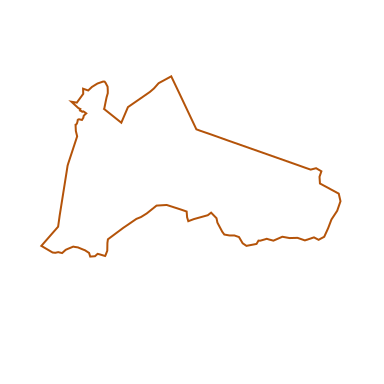 Gurara, Niger, Nigeria, rotated 199°
{"feature_id": "59680162B85303802109421", "entity_name": "Gurara", "entity_type": "district", "adm_level": 2, "iso_a3": "NGA", "parent_name": "Nigeria", "parent_adm1": "Niger", "projection": "equal_earth", "projection_center": [7.034, 9.353], "detail": "fine", "context": "isolated", "style": "outline", "palette": "amber", "viewbox_px": 384, "rotation_deg": 199, "n_neighbors": 0, "source": "geoboundaries", "source_scale": "gbopen_adm2", "svg_char_len": 1936}
<svg xmlns="http://www.w3.org/2000/svg" viewBox="0 0 384 384"><g transform="rotate(199 192 192)"><path d="M249.3,294.6L259.0,284.0L261.7,277.5L264.4,272.9L280.2,251.4L281.4,234.5L302.2,241.9L302.1,242.3L303.0,249.0L303.6,253.8L303.8,258.0L304.8,260.9L306.1,264.1L309.3,267.1L310.6,267.9L312.0,267.5L316.7,263.8L320.8,258.8L323.2,254.2L328.6,254.2L326.8,249.4L330.0,239.0L335.4,238.1L330.6,236.0L326.9,234.4L324.6,234.1L324.8,233.0L324.0,232.4L323.2,232.6L321.9,232.1L321.2,232.8L319.8,232.6L317.6,231.9L318.5,230.3L319.2,228.7L318.9,226.9L319.5,224.3L322.4,224.0L323.1,223.6L323.5,222.8L323.2,221.5L323.1,219.5L323.4,218.2L324.0,217.7L321.7,211.9L318.7,207.2L318.3,178.6L318.2,176.3L317.1,170.2L309.5,126.9L307.3,115.6L316.9,92.0L304.1,89.4L301.5,90.0L300.5,90.6L298.9,91.6L297.5,91.7L294.9,92.0L293.7,94.2L292.6,96.2L290.9,97.8L287.5,100.8L286.5,101.7L284.9,101.9L282.3,102.4L281.6,102.5L280.8,102.4L275.6,102.1L274.4,102.1L271.2,101.3L269.5,100.9L268.4,99.4L267.2,97.8L262.8,99.7L262.1,101.0L261.1,102.8L258.6,103.0L253.3,103.2L253.2,103.6L253.0,108.9L255.4,116.3L256.1,119.9L245.4,135.6L235.8,148.5L232.1,151.7L227.8,157.0L221.1,167.6L211.7,171.5L196.8,171.8L190.7,171.8L188.4,166.5L186.0,163.2L181.4,167.0L169.5,175.2L167.2,178.7L160.3,175.2L158.0,171.3L150.5,164.3L147.6,162.3L142.4,163.1L137.8,164.7L132.9,164.7L127.4,160.0L123.0,158.8L118.1,161.6L114.1,163.9L113.3,167.7L111.8,168.1L111.6,168.2L107.3,171.2L106.1,172.1L103.0,172.2L102.3,172.3L100.6,172.4L99.2,172.5L92.0,179.1L84.8,180.2L77.3,183.0L69.5,183.0L67.8,184.3L67.7,184.3L66.2,185.5L64.2,187.0L63.8,187.4L63.6,187.5L61.9,188.8L59.3,188.4L56.7,188.0L55.3,189.6L53.7,191.3L52.4,192.7L52.4,192.8L51.5,202.0L51.2,211.4L48.6,221.5L48.6,231.6L52.7,238.2L73.8,241.7L76.4,247.9L76.4,253.7L82.4,254.9L87.1,251.8L92.5,251.8L100.9,251.9L175.5,252.4L192.1,252.6L204.5,252.6L208.3,252.7L216.2,260.8L236.9,282.0L249.3,294.6Z" fill="none" stroke="#b45309" stroke-width="2"/></g></svg>